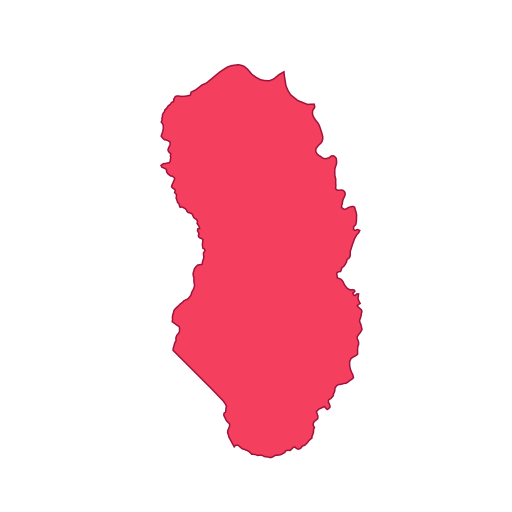 outline of Jaguarão, Rio Grande do Sul, Brazil, rotated 227°
{"feature_id": "56859067B71859783217554", "entity_name": "Jaguarão", "entity_type": "district", "adm_level": 2, "iso_a3": "BRA", "parent_name": "Brazil", "parent_adm1": "Rio Grande do Sul", "projection": "robinson", "projection_center": [-53.354, -32.403], "detail": "fine", "context": "isolated", "style": "filled", "palette": "rose", "viewbox_px": 512, "rotation_deg": 227, "n_neighbors": 0, "source": "geoboundaries", "source_scale": "gbopen_adm2", "svg_char_len": 5561}
<svg xmlns="http://www.w3.org/2000/svg" viewBox="0 0 512 512"><g transform="rotate(227 256 256)"><path d="M265.1,149.9L263.0,150.3L261.6,150.6L259.3,151.0L257.0,151.7L255.5,151.0L254.3,149.8L252.8,148.3L252.3,146.6L252.0,144.1L251.0,141.9L249.9,140.8L248.6,139.8L247.9,137.4L246.7,135.5L245.7,133.8L244.8,132.3L243.6,131.0L189.9,132.9L172.0,133.2L170.5,132.9L168.8,132.7L166.1,131.8L165.0,130.0L163.9,129.0L162.6,127.3L162.8,125.3L161.3,123.7L159.3,123.1L157.5,122.6L155.9,122.1L153.8,122.0L151.7,122.2L150.3,121.5L149.1,119.7L148.4,118.2L147.5,116.2L146.1,114.7L144.0,113.8L142.1,112.7L131.3,109.9L131.4,112.3L129.8,113.8L128.3,114.0L126.2,114.2L124.2,114.5L122.6,115.6L121.0,116.2L118.7,117.3L116.1,117.7L114.0,117.6L112.8,118.8L111.4,120.0L108.9,121.3L107.6,123.1L105.8,124.7L103.7,125.3L102.3,126.4L100.5,128.0L98.8,128.9L97.9,130.5L97.4,132.4L97.0,134.5L95.8,135.6L94.7,137.2L93.7,138.9L93.2,140.8L92.7,142.9L93.2,145.2L91.9,147.2L90.5,148.2L90.5,150.3L90.6,152.3L89.9,154.2L87.7,154.3L86.4,154.8L85.3,156.0L84.9,158.1L85.4,160.4L84.3,162.6L84.4,165.9L84.8,168.3L84.9,170.3L84.7,172.7L85.9,173.9L86.6,175.5L87.4,177.0L88.3,178.3L89.8,179.7L90.7,181.8L93.1,182.3L94.8,184.1L95.2,186.3L95.0,188.3L94.9,190.2L96.7,192.1L98.6,192.9L101.0,194.1L101.2,197.4L99.8,201.5L99.2,203.4L96.9,203.2L95.1,203.4L94.8,205.3L95.1,207.3L97.4,208.6L99.8,209.3L101.3,211.0L100.7,213.6L101.1,217.1L102.3,218.7L103.6,221.6L105.4,223.5L106.1,226.0L105.9,228.4L104.6,230.0L103.6,231.8L102.8,233.4L101.5,235.1L101.1,237.1L100.9,239.8L100.5,241.9L100.5,244.3L103.3,245.9L105.3,246.4L107.0,247.1L108.8,247.8L110.7,248.9L112.7,250.4L114.9,252.5L116.2,255.5L115.9,257.7L115.2,260.5L114.8,263.1L115.9,264.3L117.5,265.7L118.8,266.9L120.2,268.5L121.4,270.8L122.7,272.0L124.4,273.0L126.0,273.4L127.8,274.6L128.4,276.8L128.7,278.4L128.9,280.1L129.5,282.0L130.1,283.6L131.8,284.5L133.6,285.5L135.1,286.3L136.9,286.8L138.5,288.1L139.2,289.7L140.5,291.9L142.1,294.0L143.5,295.9L145.2,296.4L147.3,296.1L149.1,296.1L150.6,296.1L150.7,297.9L150.2,299.8L152.5,300.4L155.3,301.5L156.8,303.4L158.4,305.2L159.6,303.7L159.4,301.7L160.8,300.8L162.9,301.6L162.6,304.0L163.9,304.7L165.6,303.6L166.7,302.0L168.0,301.4L169.5,300.8L171.1,300.7L173.5,300.9L175.4,301.3L177.4,302.0L179.2,302.3L181.0,302.3L182.8,301.5L184.6,300.5L186.0,301.7L187.6,302.6L188.6,304.0L188.0,305.9L187.0,307.3L187.7,308.9L188.8,310.6L188.6,313.5L189.1,315.7L189.8,317.9L191.3,320.2L191.0,322.8L191.7,324.8L193.3,326.5L194.8,327.7L195.7,329.2L196.6,330.8L198.6,334.3L200.2,337.5L201.2,339.3L201.8,341.0L202.4,342.9L202.9,344.7L203.0,347.1L203.9,349.3L206.2,348.3L207.0,346.0L208.7,345.3L210.8,347.4L210.9,350.2L211.9,351.8L213.1,353.3L214.4,354.6L216.3,356.4L217.4,357.6L220.1,359.2L222.6,360.4L224.4,361.4L226.0,360.9L227.1,359.3L228.5,356.6L228.9,354.1L229.9,352.4L231.7,351.9L233.3,351.7L234.4,353.0L235.5,354.9L236.6,356.2L238.1,358.5L239.0,361.0L240.1,363.1L241.9,364.5L243.7,364.6L245.0,364.3L246.2,363.2L248.2,360.7L250.0,360.0L251.4,360.5L252.7,362.1L255.5,364.5L257.9,366.8L261.0,368.5L263.6,370.8L265.9,373.0L267.5,375.8L268.7,378.0L271.2,380.3L272.8,381.3L274.9,381.4L276.4,381.0L277.8,379.4L278.0,376.5L279.6,373.4L281.0,372.1L282.6,371.4L284.8,371.2L286.6,370.5L289.2,370.3L291.8,371.0L293.7,373.2L294.3,377.3L294.3,380.3L294.7,382.4L296.1,384.7L297.8,386.2L300.9,387.9L305.5,390.1L308.6,391.4L311.2,392.0L314.4,392.2L317.1,392.6L318.9,393.1L320.7,393.8L322.7,395.4L324.1,397.4L324.3,399.4L325.1,400.8L327.4,402.1L331.8,397.0L341.4,392.5L350.4,391.3L354.7,392.1L359.9,393.9L368.7,399.8L371.7,402.1L373.0,396.3L373.3,390.7L373.8,388.4L375.2,385.1L378.5,381.9L381.9,379.5L386.2,378.0L391.6,376.9L398.3,377.2L402.7,376.7L405.2,375.5L407.9,373.6L412.0,367.9L413.7,364.0L414.6,359.2L415.3,354.7L416.3,337.6L417.9,333.2L418.6,325.3L420.1,320.3L418.4,317.7L419.5,315.7L420.9,313.5L423.0,310.9L424.8,309.3L426.6,307.8L427.7,305.8L426.7,302.7L425.2,301.2L425.9,298.9L425.3,296.8L425.7,294.5L425.3,292.8L425.0,291.0L425.0,288.9L424.0,287.5L423.7,285.4L423.0,283.9L421.7,282.5L420.9,281.1L419.4,279.9L418.6,278.0L416.5,277.9L414.7,277.2L412.3,274.9L410.7,272.8L409.6,270.8L408.4,268.4L405.9,268.1L403.3,268.4L402.0,269.6L400.2,270.3L398.5,270.8L396.9,270.1L395.8,268.8L395.1,266.8L394.4,265.1L393.2,263.6L390.6,263.1L388.9,263.5L387.6,261.6L386.1,260.8L385.0,259.2L383.7,257.8L383.4,256.1L384.6,254.4L385.5,252.6L386.7,251.3L387.1,248.3L385.2,247.7L383.8,248.3L382.0,249.1L380.2,249.4L378.7,248.1L376.6,247.6L374.6,247.8L372.9,248.1L371.4,249.2L369.5,249.6L368.1,249.4L367.0,247.2L366.1,245.0L365.3,243.1L364.2,241.4L362.3,241.4L360.0,242.0L358.7,241.3L357.9,239.7L355.5,239.8L354.1,238.7L352.9,237.1L350.8,236.3L348.8,235.2L346.6,235.2L345.0,234.3L343.4,233.7L342.3,235.4L340.5,236.0L338.9,236.5L337.1,236.6L335.6,235.9L333.9,236.1L332.5,237.1L330.8,237.8L329.2,237.7L327.9,237.1L326.5,236.7L324.9,236.9L322.9,237.5L320.8,236.4L319.9,235.0L318.3,234.9L316.0,234.3L314.4,233.5L315.6,232.1L314.4,230.4L312.7,230.0L311.4,229.6L310.4,228.0L309.2,227.1L307.4,227.3L305.9,228.0L304.3,228.5L300.8,224.4L297.8,222.4L296.2,223.1L294.6,222.2L294.2,219.8L292.7,218.4L290.5,216.9L289.4,214.9L288.0,212.6L286.6,210.9L287.7,209.4L289.1,207.3L289.1,204.5L288.6,202.1L287.3,200.0L286.0,197.9L283.9,196.4L282.2,195.6L280.2,193.6L278.0,192.0L276.3,190.9L275.4,189.6L274.3,187.4L273.3,184.3L271.9,182.1L271.4,180.0L271.1,177.0L271.6,175.2L272.4,172.8L272.2,170.4L272.6,168.1L272.4,165.6L272.5,163.2L272.4,160.6L272.1,158.9L271.1,157.4L269.9,155.3L268.4,153.2L266.7,151.9L265.1,149.9Z" fill="#f43f5e" stroke="#9f1239" stroke-width="1.5"/></g></svg>